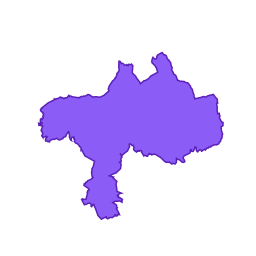 Santa María de los Ángeles, Jalisco, Mexico, rotated 136°
{"feature_id": "50627088B16620739147386", "entity_name": "Santa María de los Ángeles", "entity_type": "district", "adm_level": 2, "iso_a3": "MEX", "parent_name": "Mexico", "parent_adm1": "Jalisco", "projection": "natural_earth1", "projection_center": [-103.187, 22.191], "detail": "fine", "context": "isolated", "style": "filled", "palette": "violet", "viewbox_px": 256, "rotation_deg": 136, "n_neighbors": 0, "source": "geoboundaries", "source_scale": "gbopen_adm2", "svg_char_len": 5812}
<svg xmlns="http://www.w3.org/2000/svg" viewBox="0 0 256 256"><g transform="rotate(136 128 128)"><path d="M160.8,200.1L161.5,199.5L167.7,201.5L176.5,202.4L176.5,201.9L178.2,202.0L178.9,200.7L178.8,199.3L178.5,198.8L179.0,198.0L178.6,197.3L178.7,197.0L179.9,196.2L180.2,195.6L180.7,195.8L181.3,195.4L181.5,194.6L182.1,194.0L182.7,194.0L183.0,194.5L183.3,194.1L183.9,194.0L183.7,194.6L184.7,195.2L187.6,192.7L187.5,191.9L186.1,191.9L186.2,191.5L186.8,190.8L187.6,191.5L188.7,191.1L189.1,193.3L190.2,191.8L188.9,190.5L189.1,190.4L188.0,188.6L192.2,186.6L192.1,185.8L192.6,185.4L192.6,184.5L193.2,183.1L194.5,182.5L195.0,182.7L195.5,182.2L195.8,180.3L195.5,180.6L193.0,178.7L192.7,178.5L192.8,178.8L192.6,178.9L192.3,178.4L192.4,177.7L194.6,177.5L195.5,177.0L196.3,175.8L195.0,174.5L195.1,173.7L194.6,173.4L194.3,172.6L194.0,172.5L193.5,173.2L190.5,172.5L188.6,170.8L186.3,170.1L186.4,168.9L185.9,167.3L184.8,166.5L183.2,166.2L182.3,165.6L180.9,166.0L180.1,165.9L179.0,165.1L178.0,165.4L176.8,166.2L175.3,166.2L173.8,166.8L173.3,166.6L173.5,165.9L175.4,163.0L176.4,162.3L176.8,161.0L177.3,160.4L177.2,159.7L177.6,158.9L177.4,158.3L177.1,159.1L174.8,160.3L173.6,159.5L173.3,159.0L174.4,158.0L174.0,157.6L174.4,156.7L174.7,156.7L175.0,155.9L176.0,155.6L176.1,153.5L175.3,151.6L175.3,149.9L175.8,148.2L175.3,146.8L177.5,144.3L176.6,144.0L176.7,143.5L178.4,138.0L175.2,127.4L179.8,124.4L182.5,123.6L183.5,122.3L184.9,121.6L187.5,118.1L187.6,116.6L188.5,116.9L188.9,116.7L190.8,116.9L193.6,118.1L195.3,117.5L195.0,117.8L196.2,118.3L197.4,117.6L198.1,118.3L199.6,117.3L198.4,111.6L199.0,110.3L200.0,110.9L200.6,110.9L201.6,109.8L202.0,110.1L203.2,108.6L206.1,107.0L207.5,105.9L209.4,107.3L209.9,108.7L211.0,108.8L212.7,103.1L210.6,101.9L209.7,101.8L208.5,101.3L207.5,100.1L207.3,99.5L208.3,97.8L208.9,97.4L208.9,96.7L208.6,96.6L207.1,97.4L206.5,96.5L205.9,96.7L207.6,92.1L210.4,85.9L210.5,80.9L205.3,79.3L206.1,78.5L205.7,76.8L202.9,76.0L201.5,74.4L199.9,74.3L198.2,73.8L198.1,74.2L197.6,74.6L197.2,74.3L197.7,73.7L197.7,73.0L197.1,72.4L195.9,72.3L195.6,72.7L195.0,72.9L194.6,72.7L194.3,71.8L193.6,73.3L192.3,78.1L191.7,78.0L191.4,78.5L191.1,78.3L191.0,79.4L190.3,79.8L189.8,80.6L190.2,83.3L190.7,85.0L188.0,84.3L186.7,82.7L184.6,81.3L183.9,78.8L182.8,79.8L182.8,80.1L181.8,80.3L181.7,81.3L182.4,83.7L182.6,84.2L183.2,84.6L183.1,85.1L182.0,85.6L181.9,86.1L182.6,86.4L182.6,86.8L179.7,86.7L178.0,85.7L179.9,89.9L175.4,96.2L173.1,97.3L173.4,102.7L172.5,102.7L174.6,106.5L171.1,105.4L167.9,104.0L161.7,103.9L158.1,106.7L157.8,109.3L156.6,108.4L155.4,109.5L155.3,110.0L155.0,110.3L153.2,111.4L152.6,111.2L152.3,111.6L151.6,114.6L151.4,114.6L151.5,112.4L147.6,112.3L144.4,111.8L140.5,113.3L140.0,113.3L137.9,116.0L138.0,115.7L137.5,115.0L137.2,114.1L137.1,113.1L137.3,112.8L136.4,112.1L137.3,109.7L138.7,109.0L139.0,108.1L139.0,106.5L138.6,105.0L138.1,105.4L137.6,104.6L137.2,104.7L136.3,103.8L136.2,104.4L134.3,102.8L134.3,101.5L135.0,101.4L136.0,96.9L135.2,97.1L134.9,96.8L134.0,94.5L133.6,94.1L132.0,94.7L130.3,94.7L130.5,93.8L129.5,93.1L129.7,92.3L127.1,90.9L126.3,89.0L125.5,85.6L125.0,84.1L124.9,78.9L124.5,77.0L124.2,76.5L123.5,76.3L123.0,75.4L122.1,75.0L122.1,74.2L121.7,73.6L121.6,71.7L120.1,71.2L119.2,69.4L117.2,69.6L114.3,72.4L114.1,70.8L113.3,69.9L113.0,68.8L112.8,65.8L111.7,64.5L110.4,64.4L109.8,65.7L109.2,68.1L107.9,68.8L107.0,68.9L100.8,67.0L99.5,67.6L98.7,68.8L97.8,68.8L97.6,68.6L98.3,67.6L98.4,67.1L97.7,66.1L97.1,65.9L94.8,66.8L93.0,67.8L92.4,67.1L94.4,64.3L94.6,63.2L94.4,62.4L94.0,62.6L91.7,62.5L90.9,61.5L91.2,60.2L90.4,59.9L90.1,60.1L89.2,60.0L87.6,59.0L87.6,58.7L87.2,59.0L86.8,58.6L86.2,58.4L85.5,58.8L85.2,58.5L84.2,58.3L84.0,57.7L82.7,58.0L81.9,57.1L81.6,57.4L81.2,56.9L79.4,56.8L79.1,56.4L77.5,55.9L75.6,54.1L73.5,53.6L72.7,54.1L70.5,54.2L68.9,55.5L67.9,55.3L66.9,55.9L65.3,57.4L64.6,57.5L64.4,58.1L64.0,58.2L62.5,61.5L61.4,62.6L61.2,63.2L60.0,64.1L58.1,63.7L56.7,65.0L55.8,66.0L55.8,66.3L56.4,66.7L56.2,68.8L55.9,69.2L55.2,71.8L54.6,72.3L53.8,72.5L52.2,75.2L53.6,75.7L53.4,76.1L51.6,78.9L49.6,80.7L47.6,83.7L46.9,84.2L46.3,83.6L43.7,86.9L43.8,89.5L43.3,92.1L43.4,93.0L44.1,93.5L44.9,93.5L45.9,94.5L49.0,96.0L50.4,95.9L51.5,97.9L52.9,98.8L53.8,99.0L54.4,99.5L55.0,99.5L55.7,100.3L57.3,101.1L59.7,102.7L59.0,103.3L59.0,104.4L57.4,106.2L56.7,108.2L54.9,111.2L54.7,113.4L53.9,115.3L53.9,116.6L53.6,117.7L53.8,118.1L53.6,118.4L53.8,119.2L54.9,120.6L55.4,122.7L55.9,122.8L56.8,124.3L58.1,125.3L58.4,127.0L59.3,127.8L57.2,132.3L57.3,134.2L57.9,135.1L57.0,136.2L56.3,139.2L55.8,139.9L54.8,140.3L54.1,141.1L53.8,142.6L52.1,145.1L51.8,146.1L51.8,147.7L51.4,148.4L51.7,148.6L51.6,150.6L50.3,153.2L50.6,155.2L51.3,155.8L51.2,157.6L50.9,158.2L51.2,158.7L56.0,159.9L57.7,159.5L58.8,158.3L59.4,158.2L60.8,158.9L60.9,161.5L61.9,161.2L64.6,159.5L65.4,158.2L65.3,153.8L65.7,152.4L65.6,152.0L68.0,147.4L75.5,149.6L78.8,149.2L82.7,150.1L83.6,150.9L88.3,151.2L87.6,153.4L87.2,158.0L86.5,159.7L86.7,164.3L86.0,165.3L81.1,169.6L81.3,171.0L81.1,171.5L82.1,171.7L83.1,173.2L83.5,173.4L84.5,172.9L84.9,174.3L85.3,174.0L85.7,174.7L87.0,175.9L86.7,176.9L86.9,178.2L88.0,179.2L87.4,181.0L87.9,182.3L88.7,181.9L89.4,181.3L89.8,180.4L90.6,180.0L91.9,178.6L92.8,177.7L93.9,175.8L94.4,175.6L96.9,174.9L98.0,175.0L98.8,174.2L101.7,172.8L102.4,173.0L102.6,172.7L105.0,172.4L106.2,172.6L112.2,171.3L115.2,169.7L115.9,167.9L122.7,168.2L126.8,169.6L129.2,172.6L132.0,175.0L132.6,178.5L133.5,179.9L136.2,180.5L137.1,181.0L137.6,181.8L138.7,182.0L139.8,183.2L142.1,183.6L142.1,184.0L143.1,184.8L146.6,189.4L146.9,190.7L147.6,191.3L147.8,192.3L148.6,191.7L148.8,191.9L148.5,192.5L150.6,192.2L151.3,192.4L152.1,193.4L153.8,193.6L153.9,195.2L154.9,195.8L154.7,196.3L155.2,196.8L155.3,197.4L157.7,197.7L158.0,198.1L158.8,198.3L159.3,199.1L160.1,198.9L160.7,199.5L160.8,200.1Z" fill="#8b5cf6" stroke="#5b21b6" stroke-width="1.5"/></g></svg>